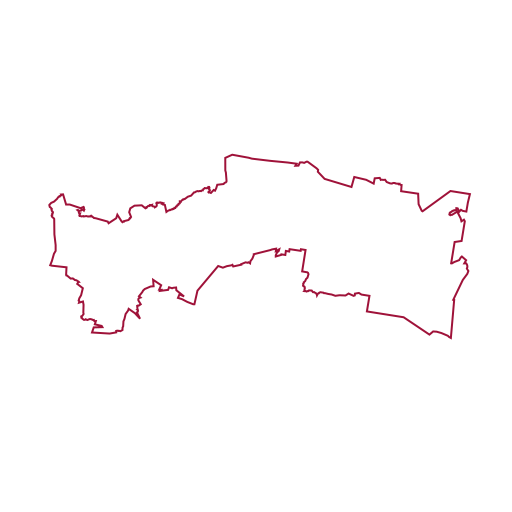 outline of Chihuahua, Chihuahua, Mexico, rotated 99°
{"feature_id": "50627088B4018820308250", "entity_name": "Chihuahua", "entity_type": "district", "adm_level": 2, "iso_a3": "MEX", "parent_name": "Mexico", "parent_adm1": "Chihuahua", "projection": "orthographic", "projection_center": [-106.189, 28.94], "detail": "fine", "context": "isolated", "style": "outline", "palette": "rose", "viewbox_px": 512, "rotation_deg": 99, "n_neighbors": 0, "source": "geoboundaries", "source_scale": "gbopen_adm2", "svg_char_len": 6110}
<svg xmlns="http://www.w3.org/2000/svg" viewBox="0 0 512 512"><g transform="rotate(99 256 256)"><path d="M306.5,72.4L302.8,69.2L302.5,65.7L303.1,60.8L304.8,54.0L305.8,52.6L306.5,50.7L268.4,53.4L268.4,54.3L247.3,48.0L240.6,44.5L237.6,43.9L235.4,45.8L233.8,45.5L232.2,45.9L231.1,46.6L230.4,47.2L230.7,49.1L227.3,47.8L224.3,52.6L225.4,53.5L228.3,54.7L230.9,59.2L232.7,61.4L232.7,62.1L211.1,62.0L209.0,55.3L189.0,55.2L187.6,56.3L189.6,58.5L186.7,59.8L180.7,64.2L184.8,69.0L184.7,69.9L185.3,70.5L184.8,71.5L183.1,71.4L182.3,70.8L181.8,69.8L180.7,69.1L180.3,67.7L179.8,67.5L179.4,65.4L177.4,65.6L177.4,64.3L180.3,62.1L178.3,60.8L179.1,58.9L179.2,55.2L170.1,55.1L161.4,54.4L161.4,74.1L185.8,98.5L185.4,99.4L179.4,103.5L169.1,105.6L169.3,122.8L163.1,123.3L163.1,124.5L162.8,125.1L162.2,125.4L162.8,126.4L162.3,126.8L162.5,128.3L162.5,129.8L162.2,130.2L162.4,131.9L163.2,133.1L163.3,134.9L162.5,138.5L160.5,140.4L160.9,142.2L161.0,144.2L161.3,144.7L159.5,146.0L160.7,150.9L166.1,151.1L163.5,159.1L162.6,171.3L172.9,172.5L169.1,200.3L163.1,208.1L161.2,208.1L159.9,209.9L154.8,219.8L154.9,220.8L156.5,223.0L156.3,224.7L156.7,227.2L160.1,228.2L160.7,231.2L158.5,230.3L158.7,239.2L159.8,257.1L160.5,275.3L160.1,278.6L159.7,295.3L163.9,301.7L176.3,299.7L178.3,298.8L186.2,296.9L187.2,296.8L188.0,297.3L188.7,298.5L190.0,299.3L191.7,305.4L195.3,305.9L197.9,306.7L197.4,308.1L200.8,310.4L200.4,312.0L200.7,312.7L200.4,313.0L200.0,312.9L199.9,312.4L198.2,311.8L197.1,313.1L196.0,312.6L195.1,313.1L195.2,313.8L195.9,313.9L196.0,314.5L196.7,315.1L196.9,315.8L196.9,317.3L197.8,317.9L198.2,318.5L199.5,318.8L199.5,319.3L200.0,320.2L200.5,320.4L200.6,321.8L201.1,322.7L201.0,323.8L201.6,325.1L202.8,326.5L202.9,327.2L206.5,329.5L208.1,332.6L210.8,335.2L210.9,335.9L211.6,336.4L211.6,337.1L213.7,338.7L214.1,338.7L214.0,339.8L215.9,339.5L216.4,340.0L216.6,340.7L217.6,340.7L218.2,341.7L218.6,341.6L219.1,342.1L219.5,342.1L219.7,342.8L221.2,343.2L221.2,344.1L222.0,344.3L222.5,344.9L222.3,345.3L222.7,346.0L223.1,346.1L223.3,346.9L224.0,347.7L223.9,348.2L224.3,348.5L224.8,349.7L226.5,351.4L219.8,354.0L219.7,355.0L219.4,355.2L219.7,355.4L219.7,355.7L219.2,355.7L219.4,355.9L219.2,356.2L219.2,357.1L218.8,357.0L218.7,356.6L218.2,356.6L218.1,357.7L218.4,358.1L218.0,359.1L218.7,360.3L218.6,360.7L218.8,360.9L218.6,362.1L219.0,362.6L219.5,362.7L220.0,362.2L221.9,361.9L222.7,362.3L223.6,363.4L223.2,363.5L223.0,366.0L222.5,366.3L222.4,366.9L221.8,366.8L222.1,367.4L222.2,368.8L222.7,369.0L222.9,368.6L223.2,368.9L223.0,369.4L223.6,370.5L224.5,371.1L224.7,371.6L225.0,371.4L225.5,371.6L226.2,372.6L223.8,376.8L225.3,383.9L228.6,387.6L232.6,388.1L237.0,385.5L238.3,386.1L238.3,386.6L238.9,386.9L239.3,386.8L240.4,387.6L242.3,392.0L242.8,392.0L242.8,392.5L243.5,393.2L242.8,394.2L236.9,399.4L240.6,400.0L246.7,406.7L245.2,407.8L243.8,420.0L243.8,422.1L243.3,422.6L242.9,423.9L242.3,424.5L242.6,425.2L242.2,425.4L243.0,426.3L242.9,427.1L243.3,427.9L243.1,429.9L243.9,432.3L243.6,432.7L244.2,434.5L244.0,435.8L244.1,436.5L243.7,436.8L241.5,436.4L241.7,437.2L240.8,437.8L239.6,437.9L238.6,439.5L238.4,439.1L239.1,437.7L239.0,437.1L238.6,436.6L238.5,435.9L237.5,435.0L237.3,434.3L238.1,433.1L236.9,432.8L236.6,433.3L234.9,433.6L234.5,434.0L235.7,436.0L236.3,436.1L234.3,448.0L234.9,451.6L225.3,456.2L225.7,457.9L226.0,457.6L226.5,457.8L227.3,458.9L227.8,459.1L227.7,459.6L228.6,460.1L229.0,460.7L230.5,461.3L233.9,464.0L235.6,466.6L237.8,468.1L238.4,468.0L239.9,467.3L240.2,466.5L241.5,465.0L242.2,465.3L242.9,464.9L243.5,464.6L244.0,463.8L244.5,463.8L244.7,463.4L245.9,463.5L246.4,464.0L247.3,463.6L247.9,464.2L248.7,463.9L249.3,463.4L250.6,461.3L251.0,461.1L266.2,458.5L276.6,455.6L282.3,454.7L285.4,455.9L292.8,456.8L297.3,457.8L297.5,456.1L296.8,441.4L304.4,440.6L304.9,440.2L304.8,439.7L307.3,435.5L306.8,433.4L307.3,432.7L307.5,431.9L308.0,431.4L308.1,429.5L309.2,427.0L309.3,426.9L309.4,427.4L311.5,428.2L314.9,422.0L322.1,422.6L325.4,423.9L327.8,424.2L328.2,423.5L328.6,423.3L329.8,423.5L328.0,419.8L331.1,418.7L338.9,417.7L340.2,417.2L342.3,418.2L343.0,419.2L344.3,418.8L344.3,418.3L345.1,417.7L346.0,415.9L345.7,414.9L345.1,414.3L345.4,413.6L345.6,412.5L344.4,410.6L344.2,409.8L344.3,408.1L344.6,407.7L344.7,406.9L344.5,406.2L345.2,405.9L345.6,405.4L345.3,404.0L348.7,404.5L349.2,397.5L350.3,396.6L351.9,405.1L357.2,406.0L355.5,388.4L353.3,382.1L351.9,382.4L351.6,381.8L351.4,380.9L351.6,380.3L351.3,379.8L351.5,378.2L350.0,376.3L347.7,376.6L346.2,376.2L341.3,376.7L338.8,376.1L333.7,375.7L329.9,373.8L328.1,373.5L331.4,366.7L336.1,360.7L330.3,364.8L329.4,364.0L328.5,364.0L327.8,364.2L327.5,365.0L327.1,364.7L323.8,365.6L323.3,364.8L323.4,364.1L321.7,362.3L318.3,365.2L317.0,365.5L315.8,364.9L315.1,363.6L314.1,365.3L309.5,362.7L307.8,362.1L306.0,360.7L302.6,355.3L301.9,352.4L295.6,353.9L299.7,345.1L304.5,346.4L304.2,344.4L305.4,345.0L303.2,337.5L300.5,337.0L301.0,333.8L300.4,332.9L299.6,330.0L302.3,329.3L307.2,320.7L305.9,325.6L309.6,326.5L310.2,322.3L312.1,316.7L313.5,310.4L313.3,309.3L299.4,308.4L271.8,291.8L272.7,286.9L270.6,283.2L269.0,278.7L268.4,277.9L269.9,276.9L266.9,269.2L266.4,269.4L263.9,265.3L264.0,263.3L263.4,262.5L264.2,260.7L262.0,260.7L259.2,259.2L255.3,258.3L254.6,258.5L247.9,242.8L247.0,241.2L245.6,237.3L248.1,237.2L245.7,234.1L247.4,234.3L249.3,235.8L252.2,236.6L253.4,236.4L250.8,230.9L250.4,231.0L250.4,227.2L246.3,227.3L246.4,223.9L244.0,223.9L243.9,212.7L242.3,212.7L242.3,208.0L264.0,208.0L264.1,202.7L264.5,202.0L265.8,201.3L269.4,201.8L271.0,203.0L273.1,203.5L274.5,204.7L275.0,204.5L276.1,205.1L276.9,204.8L278.0,204.9L278.5,204.2L278.5,203.6L278.8,203.2L280.1,202.7L281.2,202.9L282.6,202.6L283.1,202.9L283.1,202.0L282.8,201.5L283.2,200.4L282.6,199.6L282.5,198.9L281.7,198.3L281.4,195.6L282.8,194.1L282.6,193.0L282.8,192.9L283.2,191.2L284.5,189.9L285.3,189.6L283.8,189.1L283.0,188.5L283.0,188.1L282.2,187.6L281.7,186.7L281.7,183.6L282.1,183.0L281.9,182.1L282.2,178.6L282.2,175.3L282.9,171.4L281.7,167.4L281.0,161.4L278.6,158.7L280.1,153.4L279.5,152.3L277.7,152.4L276.4,148.6L277.6,145.8L277.6,137.7L293.4,137.8L293.4,100.6L306.5,72.4Z" fill="none" stroke="#9f1239" stroke-width="2"/></g></svg>